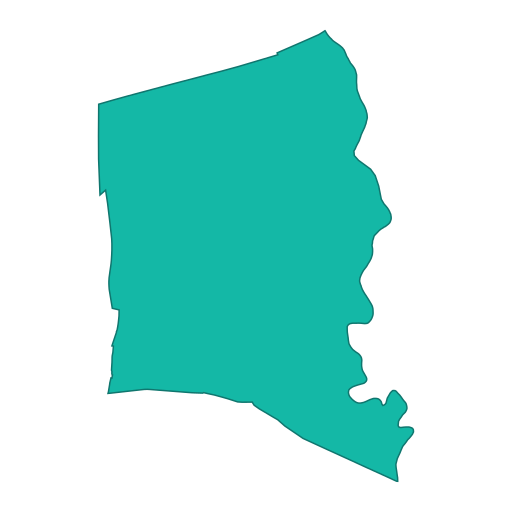 Oancea, Galati, Romania (orthographic projection)
{"feature_id": "2599482B31797489837867", "entity_name": "Oancea", "entity_type": "district", "adm_level": 2, "iso_a3": "ROU", "parent_name": "Romania", "parent_adm1": "Galati", "projection": "orthographic", "projection_center": [28.103, 45.914], "detail": "fine", "context": "isolated", "style": "filled", "palette": "teal", "viewbox_px": 512, "rotation_deg": 0, "n_neighbors": 0, "source": "geoboundaries", "source_scale": "gbopen_adm2", "svg_char_len": 4915}
<svg xmlns="http://www.w3.org/2000/svg" viewBox="0 0 512 512"><path d="M397.7,481.3L397.7,480.4L397.6,477.7L397.2,475.2L396.7,471.5L396.1,467.5L395.9,464.8L396.0,463.7L397.3,458.6L398.4,456.2L400.0,452.8L401.0,450.3L402.5,446.8L403.2,445.7L404.8,443.8L406.4,441.7L407.1,440.6L407.8,439.6L409.1,438.4L410.8,436.4L412.4,434.3L413.5,431.9L413.4,430.2L413.3,429.5L412.5,428.3L411.3,427.7L410.1,427.3L408.9,427.0L407.6,427.0L406.2,427.0L403.5,427.2L401.0,427.5L399.7,427.4L398.6,426.7L398.1,425.4L398.4,422.8L398.5,421.4L399.7,419.1L401.2,417.1L402.6,414.9L403.5,414.0L405.3,412.2L406.0,411.0L406.5,409.9L406.9,408.7L406.9,407.3L406.7,406.0L406.4,404.7L406.0,403.5L405.3,402.4L404.4,401.4L402.8,399.4L401.3,397.2L399.7,395.1L397.9,393.3L396.2,391.3L395.0,390.6L393.1,390.5L392.5,390.7L390.6,392.5L389.9,393.6L387.3,398.1L386.0,403.1L385.2,404.2L384.1,405.0L382.9,405.5L382.0,404.3L381.2,401.7L380.4,400.6L379.5,399.6L378.1,398.8L376.8,398.5L375.4,398.4L373.9,398.4L372.6,398.7L371.3,399.2L370.0,399.6L366.2,401.4L363.7,402.4L361.0,403.0L359.6,403.1L358.2,403.0L356.9,402.6L355.6,402.0L354.4,401.2L352.3,399.5L350.4,397.4L349.6,396.4L349.0,395.1L348.6,393.7L348.4,392.3L348.8,390.0L350.0,388.6L352.4,387.0L353.7,386.4L357.4,385.1L360.2,384.3L362.8,383.6L364.0,383.2L365.1,382.4L366.2,381.2L366.7,380.0L366.7,378.6L366.3,377.3L365.6,376.0L364.3,373.7L362.9,371.3L362.4,370.1L362.0,368.6L361.6,366.0L361.6,363.2L361.8,360.4L361.7,359.2L361.4,357.8L360.8,356.5L360.0,355.4L359.2,354.4L358.0,353.4L355.7,351.9L353.8,350.4L352.6,349.4L350.9,347.2L349.5,344.8L348.9,343.5L348.7,342.2L348.4,340.5L348.1,337.7L347.7,335.0L347.3,332.1L347.2,329.3L347.2,326.7L347.8,325.4L348.8,324.4L349.9,323.7L352.5,323.2L354.2,323.2L355.8,323.2L358.4,323.1L360.7,323.2L362.7,323.4L364.7,323.6L366.9,323.4L368.1,322.9L369.0,322.1L370.1,320.9L370.9,319.9L371.7,318.5L372.7,315.9L373.0,314.5L373.1,313.1L373.0,310.2L372.9,308.8L372.6,307.4L372.2,306.0L371.6,304.8L370.9,303.5L368.8,300.0L366.7,296.7L365.9,295.4L365.1,294.3L363.7,292.0L362.4,289.6L361.4,287.1L361.1,285.9L360.5,284.5L359.7,281.9L359.6,280.5L359.8,279.1L360.0,277.8L361.0,275.2L362.2,272.7L363.5,270.4L365.2,268.2L366.1,267.1L366.9,265.9L368.2,263.6L369.7,261.2L371.0,258.7L371.5,257.3L372.3,254.7L372.5,253.1L372.6,251.7L372.6,250.4L372.6,249.0L372.4,247.7L372.1,246.2L372.0,245.0L372.4,243.4L372.5,242.2L372.6,240.8L373.3,238.8L374.0,236.2L374.9,235.0L375.9,234.0L377.7,232.1L379.1,230.6L380.8,229.2L381.9,228.5L383.1,227.8L384.0,227.1L384.8,226.8L385.9,226.1L388.3,224.2L389.6,222.9L390.2,221.9L390.7,220.5L391.1,219.2L391.2,218.0L391.1,216.6L390.7,214.1L390.2,213.1L389.5,211.4L388.6,209.7L387.4,207.9L385.6,205.7L384.7,204.7L384.0,203.9L381.3,199.3L378.7,186.1L375.2,175.6L370.6,169.2L358.5,160.3L354.3,155.6L353.9,151.0L355.3,148.7L356.0,146.9L357.1,144.6L358.3,142.4L359.2,140.7L359.9,138.6L360.5,137.0L361.1,135.0L361.8,133.4L362.6,131.6L363.6,129.5L364.6,127.4L365.3,125.3L366.0,123.5L366.4,121.4L367.1,118.8L367.3,117.5L367.1,115.0L366.9,113.6L366.4,112.0L366.1,110.4L365.4,108.6L364.8,107.1L364.1,105.6L363.3,104.2L362.2,102.4L361.1,100.4L360.2,98.7L359.6,96.9L359.0,95.3L358.4,93.6L357.6,91.6L357.2,90.2L356.9,88.6L356.8,86.7L356.7,84.7L356.5,82.5L356.5,80.5L356.6,77.5L356.6,74.9L356.1,73.1L355.6,71.2L355.2,69.9L354.5,68.5L353.7,67.2L352.5,65.5L351.4,64.2L350.3,62.9L349.9,61.9L348.9,60.2L348.3,58.9L346.7,56.3L345.8,53.9L344.8,51.6L344.3,50.4L344.1,50.0L343.3,49.0L342.5,47.9L341.5,47.0L340.0,45.7L338.8,44.8L337.2,43.7L335.3,42.4L334.0,41.5L332.5,40.3L331.5,39.1L329.9,37.6L328.6,36.1L327.3,34.4L326.1,32.5L325.5,31.4L325.2,30.9L325.0,30.7L321.9,32.7L318.8,34.6L307.1,39.8L298.2,43.7L277.1,52.9L277.8,54.8L255.0,61.6L238.5,66.5L221.4,71.2L204.8,75.5L203.8,75.8L172.1,84.1L128.8,95.7L113.7,99.9L110.2,100.9L98.7,104.2L98.6,119.9L98.5,135.5L98.6,159.1L99.3,177.1L100.0,195.0L105.6,190.1L107.6,203.4L109.9,222.6L111.3,235.2L111.7,238.9L111.9,243.6L111.9,250.1L111.7,255.0L111.4,260.1L111.1,263.2L110.9,264.9L110.1,270.5L109.1,277.8L108.9,281.3L108.9,283.6L109.0,286.5L109.2,289.2L109.6,291.8L112.3,308.3L119.1,309.9L119.1,310.9L119.0,316.0L118.6,320.0L118.4,321.8L118.2,323.6L117.7,326.8L117.1,330.0L116.4,331.7L116.4,332.5L115.5,335.1L111.9,345.9L113.4,346.1L112.9,352.3L112.2,355.8L112.1,357.0L112.0,362.3L111.5,370.2L112.0,371.9L111.8,373.0L112.1,374.9L112.5,375.0L111.9,378.1L111.0,377.9L109.8,383.0L109.6,384.7L109.5,385.3L108.6,390.7L108.4,391.9L108.0,393.4L110.2,393.2L114.7,392.7L123.6,391.7L131.7,390.8L141.6,389.7L144.4,389.4L147.2,389.3L149.1,389.4L191.5,392.7L193.7,392.8L202.5,393.1L203.3,392.9L203.7,392.6L204.8,392.9L207.8,393.6L214.4,395.0L222.4,397.2L226.6,398.4L228.0,398.8L237.6,401.9L242.2,402.2L252.2,402.1L254.1,405.2L259.2,408.8L269.3,414.8L273.5,417.3L277.7,419.7L284.8,426.0L298.2,435.1L303.0,438.4L326.3,449.1L344.5,457.4L366.5,467.5L389.4,477.9L394.3,480.2L396.5,481.2L397.7,481.3Z" fill="#14b8a6" stroke="#0f766e" stroke-width="1.5"/></svg>